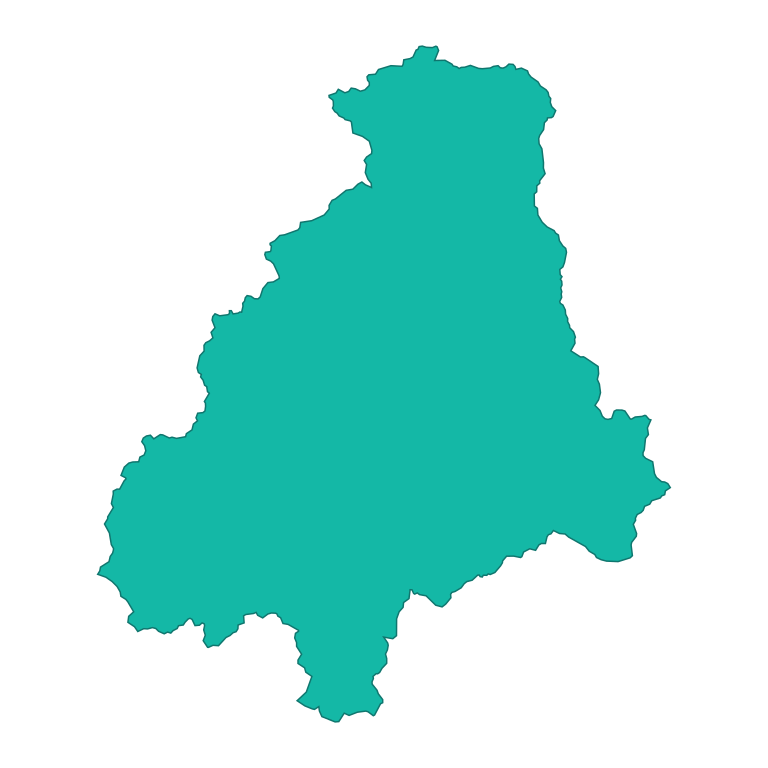 Grau, Apurímac, Peru (Mercator projection)
{"feature_id": "86281439B32616400473033", "entity_name": "Grau", "entity_type": "district", "adm_level": 2, "iso_a3": "PER", "parent_name": "Peru", "parent_adm1": "Apurímac", "projection": "mercator", "projection_center": [-72.599, -14.046], "detail": "fine", "context": "isolated", "style": "filled", "palette": "teal", "viewbox_px": 768, "rotation_deg": 0, "n_neighbors": 0, "source": "geoboundaries", "source_scale": "gbopen_adm2", "svg_char_len": 6067}
<svg xmlns="http://www.w3.org/2000/svg" viewBox="0 0 768 768"><path d="M107.7,516.9L107.7,518.7L104.5,524.0L109.4,533.0L111.3,544.6L113.5,548.4L113.4,550.1L112.6,553.1L110.2,556.5L109.0,561.7L100.5,567.1L99.8,570.9L97.7,574.3L105.9,577.2L112.1,581.5L117.1,586.5L120.2,591.9L120.9,596.3L125.9,599.4L127.8,601.8L133.7,611.8L128.7,616.3L127.9,622.3L134.5,626.7L137.8,631.5L143.7,628.7L147.6,628.9L152.4,627.6L155.8,628.5L158.6,631.3L164.2,633.8L167.6,632.1L170.8,633.1L173.1,630.6L177.2,628.5L178.5,625.7L183.3,625.0L185.1,622.2L188.3,618.9L190.0,618.3L192.1,619.4L195.0,625.6L199.5,625.2L202.1,622.9L204.2,623.8L204.6,625.6L203.7,629.9L205.3,635.2L203.2,640.7L207.6,647.3L208.4,647.4L213.0,645.3L218.5,645.7L226.0,637.5L230.0,635.5L233.1,632.7L236.1,631.7L237.9,628.8L238.1,625.0L244.1,622.9L243.6,615.8L245.8,614.5L253.5,613.5L256.1,612.4L257.7,615.3L262.7,617.9L267.9,614.0L271.4,613.0L275.7,613.2L277.0,614.0L277.8,616.1L280.6,617.7L283.0,623.5L288.1,624.4L298.5,630.3L298.5,631.3L295.5,633.3L294.7,637.9L296.6,642.6L296.6,646.4L301.6,654.2L298.0,660.1L298.0,663.5L304.6,667.8L305.8,672.2L311.9,676.4L306.3,692.1L297.1,700.7L304.9,705.9L312.3,708.9L314.5,709.4L318.8,706.6L319.4,711.0L321.9,716.6L335.1,721.9L338.8,721.6L344.2,713.2L349.1,715.4L357.4,712.2L365.8,711.1L368.1,711.8L373.3,715.7L374.6,715.0L380.5,703.8L382.7,702.7L382.7,699.6L378.3,693.8L377.0,690.2L372.2,684.2L372.0,681.9L373.4,678.5L373.0,676.4L376.1,673.7L377.6,673.8L379.6,672.5L382.0,668.3L386.7,663.3L386.7,658.5L385.5,654.0L387.4,649.9L388.2,645.3L387.7,643.0L383.7,637.1L392.8,638.7L396.5,635.7L396.6,618.8L399.1,611.8L403.1,607.3L403.6,602.5L409.0,598.6L410.1,589.7L412.0,589.8L413.6,593.4L414.7,594.1L417.3,592.9L419.5,594.6L426.1,595.8L435.7,605.2L442.1,606.9L445.7,604.1L450.9,597.8L450.6,594.3L451.9,592.4L455.0,591.5L461.2,587.8L464.2,583.7L466.8,581.6L472.2,580.2L477.6,575.2L479.1,575.0L480.1,576.6L482.3,577.0L483.3,575.2L486.8,575.3L488.2,573.9L490.2,574.5L494.9,572.5L500.6,565.8L502.4,562.8L502.6,560.9L506.6,556.2L513.6,556.1L520.6,557.5L521.9,556.6L523.6,552.0L529.7,548.8L535.6,550.3L538.9,544.9L541.4,543.5L545.4,543.5L547.0,536.8L548.4,534.7L551.0,533.8L553.4,530.5L559.5,533.5L565.1,534.0L568.8,537.2L585.5,546.5L589.2,551.2L594.8,554.5L596.5,557.5L601.1,559.7L606.5,561.1L618.1,561.6L630.2,557.8L632.4,555.7L631.1,544.9L631.7,542.3L636.3,536.3L636.6,533.5L633.3,524.3L635.6,520.3L635.4,518.2L637.2,514.5L641.1,512.5L643.2,510.3L644.6,506.3L649.7,504.2L651.8,500.7L660.4,497.9L661.7,495.9L664.7,494.7L665.4,490.9L670.3,487.6L667.8,483.6L664.7,482.0L661.6,481.7L656.4,477.4L654.5,473.6L652.7,461.8L645.6,458.3L643.1,455.6L643.0,452.7L644.3,449.8L645.5,438.4L648.4,434.6L647.4,427.9L650.9,419.9L649.0,419.3L645.8,415.6L644.7,415.4L642.1,416.4L635.2,417.0L631.5,419.1L630.3,419.0L624.9,411.0L622.0,410.1L616.5,410.0L614.2,411.2L611.7,418.5L608.0,419.4L605.0,418.8L602.3,416.2L600.0,410.5L595.0,405.4L598.6,399.8L600.5,392.7L599.4,384.2L597.3,379.4L598.6,373.8L598.1,366.5L585.1,357.7L583.5,356.8L580.5,357.0L570.8,350.8L575.0,343.2L574.6,339.1L575.4,337.2L573.5,331.6L569.7,327.7L569.5,325.3L567.6,321.6L567.7,318.5L565.6,314.2L565.3,310.0L562.9,305.0L560.4,303.4L559.7,301.5L561.7,297.4L561.2,294.0L561.8,291.8L560.7,287.9L562.0,285.0L561.7,281.2L560.4,279.2L562.0,276.7L560.2,274.6L559.8,269.4L562.9,266.9L564.5,262.5L566.5,252.3L565.7,248.4L562.8,245.9L559.4,240.7L558.4,235.0L555.6,233.1L554.1,230.6L547.2,227.0L542.2,222.2L537.9,215.0L537.4,208.3L534.4,206.0L534.2,194.0L536.7,191.8L536.8,185.8L539.8,183.2L539.6,180.8L545.1,173.7L543.4,168.1L543.5,162.6L541.9,148.8L539.1,143.8L538.7,138.5L539.7,135.4L543.6,129.6L544.4,122.7L547.1,120.0L547.5,117.9L551.5,117.6L553.1,116.5L555.7,110.6L551.8,106.7L550.3,102.5L550.7,98.5L548.9,96.3L548.1,92.4L546.1,89.8L540.4,86.0L538.0,81.9L531.1,77.1L528.6,74.0L527.5,70.9L521.4,68.1L515.9,69.4L515.0,66.5L513.1,64.4L508.9,64.1L506.0,66.8L503.1,68.1L500.3,67.8L498.1,65.7L493.4,66.4L490.3,68.0L482.4,68.7L478.6,68.4L470.4,65.4L464.8,67.2L461.2,67.4L459.1,68.5L456.8,66.8L453.2,66.0L452.0,64.2L445.0,60.3L434.6,60.5L438.6,50.5L437.1,46.8L435.9,46.2L432.4,47.6L426.2,47.3L422.3,46.1L419.1,46.6L417.9,49.4L416.2,50.0L413.0,57.0L410.0,58.6L403.8,59.8L403.1,64.5L402.0,66.3L390.9,65.7L378.5,69.5L375.5,74.2L368.8,74.8L367.0,76.8L367.6,80.2L369.3,82.4L369.3,85.4L364.9,89.9L360.4,91.2L355.4,88.8L351.2,88.1L348.7,91.5L344.9,92.8L338.3,89.3L336.0,93.0L329.0,95.4L329.2,97.3L332.8,100.0L333.3,101.6L333.4,106.1L332.5,108.1L334.8,111.6L337.1,113.1L339.1,115.9L343.8,118.0L345.1,119.6L350.3,120.9L351.4,122.0L352.9,133.0L362.5,136.4L369.3,141.2L371.9,150.3L371.6,153.6L366.6,157.0L364.2,160.5L366.6,164.5L365.3,172.6L368.0,179.2L371.2,183.3L371.5,187.5L365.4,184.8L361.9,182.0L357.9,184.2L352.8,189.2L346.2,190.3L335.3,199.0L332.1,200.3L329.1,205.3L329.2,209.0L324.2,215.0L311.7,220.7L300.6,222.4L299.8,227.7L297.9,230.0L284.6,234.8L279.8,235.5L274.9,240.7L270.1,243.3L270.1,244.8L271.4,246.0L270.9,250.7L270.2,251.6L265.4,252.3L264.8,254.6L266.4,259.1L270.7,261.1L273.5,263.8L279.1,275.9L279.3,278.4L273.4,281.9L267.9,282.6L262.9,288.6L260.2,296.9L258.0,298.9L254.4,298.7L251.0,296.3L247.1,295.6L245.3,297.7L244.5,301.2L242.7,303.3L243.0,306.2L241.6,312.2L239.9,312.0L238.2,313.1L233.1,313.9L231.3,310.7L229.4,310.7L229.5,313.5L228.0,314.7L219.7,315.8L215.0,313.8L212.8,316.5L212.1,320.1L215.0,327.7L211.1,332.3L212.9,337.9L209.6,340.8L205.8,342.7L204.0,345.3L204.1,351.1L199.8,355.8L197.1,367.9L198.4,372.5L201.3,374.4L200.6,376.9L203.1,380.2L204.6,385.2L206.7,386.6L207.5,391.7L209.3,393.2L204.4,401.5L205.4,403.0L205.6,406.2L205.0,410.9L203.0,412.6L197.7,413.2L196.0,417.8L197.5,420.8L193.4,424.1L192.0,429.9L186.4,433.6L185.6,436.7L176.5,438.4L172.0,437.2L169.3,438.0L162.8,434.9L160.3,434.6L153.8,438.8L150.4,435.2L146.4,436.0L143.3,438.1L141.8,441.7L144.6,445.7L145.8,450.8L144.1,455.0L139.9,457.1L138.7,461.8L132.7,462.0L128.8,463.1L124.3,467.1L121.0,475.4L125.6,477.8L126.0,478.9L124.1,480.9L119.6,489.2L117.0,489.1L113.2,491.1L113.3,494.1L111.4,503.6L113.4,507.5L107.7,516.9Z" fill="#14b8a6" stroke="#0f766e" stroke-width="1.5"/></svg>